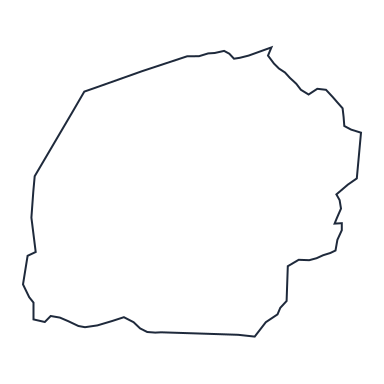 Lagoa dos Gatos, Pernambuco, Brazil (Albers equal-area conic projection)
{"feature_id": "56859067B58434745416695", "entity_name": "Lagoa dos Gatos", "entity_type": "district", "adm_level": 2, "iso_a3": "BRA", "parent_name": "Brazil", "parent_adm1": "Pernambuco", "projection": "albers", "projection_center": [-35.881, -8.68], "detail": "fine", "context": "isolated", "style": "outline", "palette": "slate", "viewbox_px": 384, "rotation_deg": 0, "n_neighbors": 0, "source": "geoboundaries", "source_scale": "gbopen_adm2", "svg_char_len": 1053}
<svg xmlns="http://www.w3.org/2000/svg" viewBox="0 0 384 384"><path d="M271.4,47.4L248.6,55.6L239.8,57.8L234.0,58.7L229.3,53.7L224.1,50.9L214.7,53.0L208.2,53.4L199.0,56.2L187.1,56.3L142.0,71.2L95.2,87.8L84.3,91.6L76.8,104.5L72.8,111.4L34.7,176.2L33.3,191.6L31.4,217.6L35.7,252.0L27.6,255.8L23.0,284.4L29.2,297.2L33.5,302.6L33.5,311.0L33.5,319.4L44.8,322.0L50.7,316.0L59.9,317.6L68.3,321.2L78.4,326.0L85.0,327.2L97.4,325.4L112.2,321.0L123.9,317.2L133.6,322.2L140.1,328.4L147.2,332.0L155.3,332.6L161.1,332.3L201.8,333.6L238.2,334.8L254.7,336.6L265.8,322.2L277.5,314.4L280.3,307.8L286.6,301.0L287.8,266.2L298.7,259.8L309.2,260.2L316.6,258.2L323.2,255.2L330.3,253.0L335.5,250.5L337.4,239.8L341.8,230.2L341.8,223.2L334.6,223.6L336.8,218.2L341.0,208.6L339.6,200.1L336.4,194.4L347.9,184.6L356.8,178.4L361.0,132.7L351.1,129.6L344.3,126.0L343.6,117.0L342.6,108.3L337.2,102.2L332.7,97.0L326.0,89.8L317.3,88.8L308.6,94.5L300.9,89.8L296.3,83.8L289.8,77.8L285.0,72.5L278.9,68.5L273.9,63.5L268.0,55.6L271.4,47.4Z" fill="none" stroke="#1e293b" stroke-width="2"/></svg>